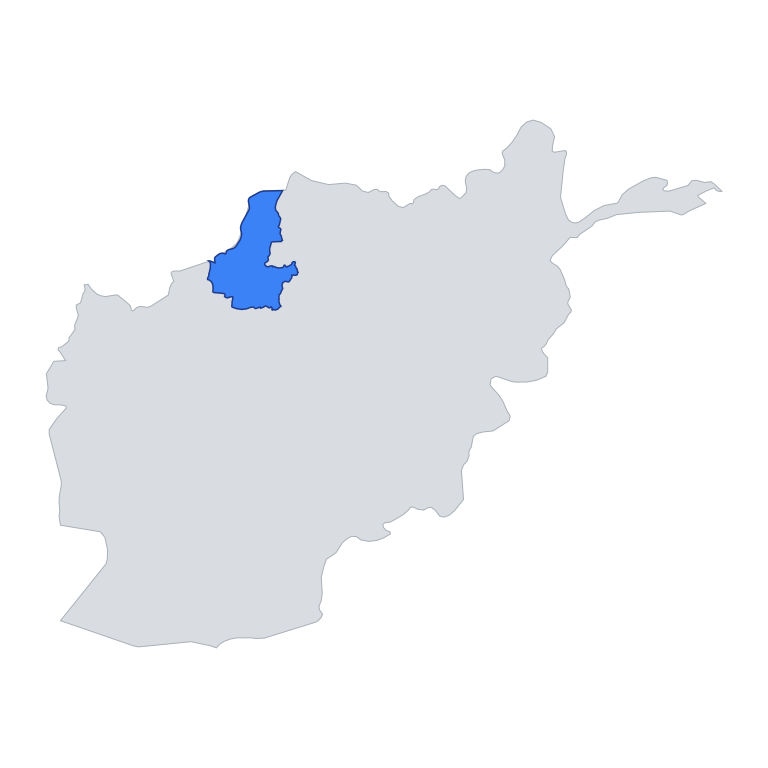 Faryab on a map of Afghanistan (Natural Earth projection)
{"feature_id": "AFG-1745", "entity_name": "Faryab", "entity_type": "Province", "adm_level": 1, "iso_a3": "AFG", "parent_name": "Afghanistan", "parent_adm1": "", "projection": "natural_earth1", "projection_center": [65.119, 36.214], "detail": "fine", "context": "in_parent", "style": "filled", "palette": "blue", "viewbox_px": 768, "rotation_deg": 0, "n_neighbors": 0, "source": "natural_earth", "source_scale": "10m", "svg_char_len": 8768}
<svg xmlns="http://www.w3.org/2000/svg" viewBox="0 0 768 768"><path d="M328.6,184.6L345.2,183.1L356.4,185.2L362.4,191.0L368.2,192.5L373.9,189.7L377.4,189.2L378.8,191.0L381.7,191.7L386.0,191.5L388.5,193.0L389.1,196.5L392.3,200.9L398.2,206.3L403.3,207.6L410.0,203.4L412.3,203.9L413.4,202.5L414.1,199.5L418.1,196.7L425.5,194.0L429.8,191.6L431.2,189.6L433.7,189.1L436.5,189.7L438.4,188.9L439.9,186.3L442.5,185.3L444.8,185.8L455.2,195.5L459.2,198.4L461.0,197.9L466.1,192.6L466.7,187.8L465.2,181.5L466.1,176.4L469.4,172.5L475.6,170.2L484.7,169.3L490.3,169.8L492.4,171.8L495.2,172.9L498.7,173.1L501.9,170.8L504.7,166.1L504.8,160.2L502.1,153.2L502.8,151.0L507.3,147.5L512.1,142.2L516.7,135.5L521.0,127.2L526.5,122.1L533.1,120.1L541.2,122.4L550.8,128.8L554.6,136.7L552.4,146.1L552.3,151.3L554.3,152.3L565.1,150.5L566.5,151.8L566.5,154.5L565.0,158.5L563.3,169.6L560.5,197.2L565.4,213.7L568.6,220.2L571.9,222.3L575.1,223.0L578.3,222.4L584.7,218.2L594.5,210.4L603.9,205.6L617.8,203.0L622.3,194.6L628.6,189.1L643.2,180.9L651.1,177.8L655.7,177.3L666.9,180.3L667.6,182.8L666.9,185.5L663.8,187.7L662.8,189.5L664.1,190.8L668.6,191.2L687.9,185.5L692.1,180.5L696.3,180.3L704.5,182.4L710.8,181.7L714.2,183.9L721.9,191.2L719.5,191.6L716.1,190.2L714.1,187.8L706.4,190.9L697.8,195.5L698.0,196.7L705.9,203.4L689.9,210.6L682.8,214.8L681.0,214.9L670.0,211.1L639.6,212.3L616.5,214.6L607.6,218.3L599.2,220.1L594.9,222.0L592.1,225.9L579.5,234.5L577.2,237.7L570.1,237.4L562.9,245.7L552.3,255.7L550.1,260.3L551.8,262.7L557.6,266.4L560.3,269.8L564.5,279.4L566.3,286.2L568.8,289.1L570.3,297.2L567.8,301.9L567.9,304.2L571.5,310.3L570.7,312.2L568.1,315.1L564.0,322.9L556.5,328.7L553.4,333.8L548.2,339.5L546.0,344.3L543.7,346.9L541.4,348.3L542.0,350.9L544.2,354.1L547.7,357.7L547.7,372.2L545.9,376.3L536.4,380.3L527.2,382.0L515.9,382.1L511.7,381.5L495.9,376.2L491.0,378.8L490.1,385.2L499.1,395.5L502.9,401.3L507.1,411.0L510.2,416.0L509.2,420.6L493.1,430.9L482.9,432.0L476.5,433.7L473.4,436.3L471.2,447.2L468.9,451.2L469.0,456.0L466.9,461.4L463.6,464.8L461.4,470.5L463.5,499.5L454.3,511.0L449.1,515.2L444.2,517.1L440.0,516.4L434.8,509.8L431.1,507.3L427.5,507.8L423.8,510.1L417.9,509.3L412.9,507.0L410.3,507.3L408.9,509.6L403.5,514.5L390.4,522.1L385.0,522.7L382.7,524.5L383.6,527.6L386.0,530.2L390.1,532.0L390.4,534.0L383.6,537.9L376.8,540.4L368.9,541.4L360.7,539.9L356.5,536.6L351.6,536.3L347.0,538.7L342.4,542.7L335.9,552.9L326.5,559.2L324.1,565.6L321.3,577.0L322.2,593.7L321.1,601.1L319.0,606.0L319.5,609.9L322.6,614.2L321.4,617.1L318.7,620.2L316.1,622.0L264.3,638.1L255.8,638.5L251.4,637.8L236.7,637.8L230.6,639.0L224.5,641.2L220.0,643.9L216.4,647.9L210.3,645.7L190.9,641.7L138.5,646.9L133.6,645.9L60.4,620.7L106.0,563.9L107.3,559.1L107.6,549.9L104.9,537.4L100.4,531.8L60.4,525.2L59.1,515.6L59.8,511.3L59.1,502.9L59.3,496.5L61.2,486.0L61.3,481.2L49.2,434.0L49.2,429.4L56.8,418.6L66.3,408.0L65.9,406.1L61.1,404.9L54.0,404.8L50.1,403.2L47.2,400.2L46.1,396.0L48.1,388.4L46.4,373.7L53.9,361.3L65.6,360.6L59.7,351.5L58.5,350.6L58.1,349.0L58.7,347.5L61.7,346.9L68.8,341.1L69.1,337.9L75.0,329.4L74.6,325.5L78.4,315.5L76.5,308.8L76.2,305.1L80.5,302.8L83.2,293.4L84.8,291.1L85.0,288.8L84.1,284.9L88.0,284.3L91.5,289.2L97.2,294.3L100.8,295.8L105.5,296.6L115.8,294.9L117.9,295.2L128.6,304.1L130.5,306.4L131.3,310.0L133.0,311.0L136.8,307.5L140.4,306.3L147.3,307.4L151.0,306.1L168.4,295.0L169.7,287.9L171.4,283.9L173.8,281.5L171.0,273.3L172.0,271.7L174.3,271.0L180.0,271.0L206.4,262.1L213.3,262.1L214.9,261.3L215.3,258.9L217.2,256.2L229.7,249.6L236.9,243.0L239.5,237.9L251.3,197.0L257.6,193.4L264.0,190.8L285.8,190.1L289.8,177.5L291.7,174.5L295.5,171.6L311.6,180.6L328.6,184.6Z" fill="#d9dde1" stroke="#a8b0b8" stroke-width="1"/><path d="M247.1,213.3L248.9,210.2L249.5,208.2L249.3,206.0L248.4,201.5L248.6,199.3L249.5,197.8L250.9,196.8L259.3,192.2L262.8,191.1L282.6,190.6L282.4,191.0L277.0,200.6L275.7,204.9L275.4,206.7L275.3,207.5L275.4,208.3L275.7,210.1L278.2,213.2L278.7,215.6L278.9,215.9L279.2,216.4L279.5,216.8L280.2,217.6L280.5,218.2L280.6,218.7L280.7,219.0L280.3,220.7L279.9,222.4L279.3,225.0L279.2,225.3L278.9,225.7L278.7,226.0L278.3,226.3L278.2,226.5L278.2,226.8L278.3,227.0L278.6,227.3L278.8,227.5L280.0,228.2L280.3,228.4L280.5,228.7L280.8,229.1L280.8,229.4L280.9,229.6L280.4,231.4L280.1,233.3L280.1,233.8L280.2,234.2L281.0,235.4L281.5,237.2L281.8,238.5L282.0,239.1L282.5,240.4L281.6,240.8L281.4,241.2L281.3,241.5L281.2,241.6L280.6,241.5L272.8,241.8L271.9,242.0L271.7,242.2L271.3,242.7L271.2,243.1L269.7,248.5L269.7,251.3L269.8,251.7L269.9,252.1L270.0,252.4L270.0,252.8L270.1,253.2L270.0,253.9L269.9,254.2L269.8,254.5L269.4,255.1L269.1,255.7L268.9,255.9L268.5,256.3L268.3,256.4L267.8,257.0L268.2,258.9L268.4,259.7L268.3,260.0L268.2,260.4L267.6,261.2L267.3,261.5L267.0,261.7L266.8,261.9L265.9,262.3L265.2,262.9L264.9,263.1L264.7,263.4L264.6,263.7L264.6,264.0L264.6,264.3L264.7,264.5L264.8,264.7L265.0,265.0L266.6,266.4L267.4,266.8L268.0,266.8L268.3,266.8L268.6,266.8L269.0,266.4L269.5,266.2L271.4,265.9L271.9,265.8L272.1,265.8L272.3,265.9L272.4,266.0L272.5,266.6L272.6,266.8L272.8,266.9L273.4,266.6L273.8,266.5L274.1,266.4L274.3,266.5L274.6,266.8L274.9,266.9L277.1,267.7L279.3,268.0L282.5,267.6L282.8,267.5L283.0,267.4L283.3,267.0L283.5,266.5L283.8,266.2L283.9,265.9L283.9,265.7L284.0,265.5L284.1,265.3L284.5,265.2L284.9,265.1L285.0,265.3L285.4,265.8L285.6,266.1L286.0,266.5L286.4,266.9L286.7,267.0L286.9,267.0L287.0,266.9L287.5,266.5L287.7,266.4L289.0,266.0L289.4,265.7L290.2,265.2L291.0,264.8L291.2,264.7L291.3,264.6L291.5,264.4L291.6,264.2L291.8,263.7L291.9,263.2L292.0,262.8L293.2,261.8L293.9,261.6L294.2,261.6L294.5,261.7L294.8,261.8L295.1,262.0L295.3,262.3L295.4,262.5L295.3,262.8L295.0,263.3L295.0,263.5L295.0,264.0L295.0,264.3L294.9,264.4L294.7,264.6L294.6,264.8L294.6,265.1L294.8,265.6L295.0,265.8L295.4,266.1L295.6,266.2L295.7,266.3L295.9,267.2L296.3,268.3L296.4,268.5L296.6,268.6L296.9,268.7L297.0,268.8L297.1,269.2L297.5,271.3L297.5,271.8L297.6,272.0L297.9,272.0L298.1,272.2L298.2,272.3L297.7,272.9L297.6,273.2L297.4,273.6L297.3,274.2L297.2,274.6L297.1,274.8L296.2,275.1L294.6,275.3L293.4,275.1L292.6,275.0L292.3,275.0L292.1,275.0L291.8,275.2L291.7,275.3L291.7,275.6L291.9,276.0L292.0,276.3L291.9,276.6L291.7,277.5L291.6,277.9L291.3,278.4L291.0,278.7L290.0,280.4L289.1,281.6L288.5,281.9L288.3,281.9L288.0,281.9L286.6,281.5L285.1,281.4L284.6,281.4L284.3,281.6L282.8,282.8L282.5,283.1L282.4,283.4L282.4,283.7L282.4,284.1L282.4,284.3L282.1,285.0L281.9,285.4L281.9,285.6L281.9,285.8L282.0,286.0L282.6,287.9L282.7,288.3L282.7,288.5L282.6,288.8L281.1,291.7L280.5,293.5L280.3,293.8L280.0,294.1L279.4,294.5L279.2,294.7L279.1,294.9L279.0,296.3L278.9,298.0L279.1,299.1L279.1,299.6L278.9,300.7L278.9,301.4L279.1,302.3L279.6,304.1L279.8,304.5L280.0,304.9L281.0,306.2L279.5,307.3L278.0,308.9L277.8,309.1L275.5,310.0L274.8,310.0L274.4,309.9L274.2,309.7L273.8,309.5L273.6,309.5L272.8,309.9L272.6,310.0L272.3,310.1L272.2,310.0L271.9,309.7L272.0,309.3L272.2,309.0L272.2,308.9L272.2,308.7L271.7,307.6L271.5,307.4L271.3,307.1L271.0,307.0L270.8,307.0L270.4,307.3L270.1,307.6L269.9,307.7L269.4,307.9L269.2,307.9L268.4,307.5L268.2,307.4L267.7,307.0L267.5,306.8L266.9,306.5L266.4,306.2L266.1,306.0L265.6,306.0L264.8,306.3L264.1,306.7L263.8,307.0L262.4,307.7L260.8,308.1L260.6,308.2L260.4,308.1L260.3,307.9L260.3,307.6L260.3,307.4L260.3,307.2L260.2,307.1L259.9,307.1L259.5,307.2L256.0,308.5L255.7,308.6L255.3,308.5L254.8,308.3L253.7,307.2L253.4,307.1L252.9,307.0L250.7,307.3L247.1,308.6L246.6,308.8L245.5,309.0L243.9,309.1L242.5,309.4L241.6,309.4L236.8,308.7L232.3,307.2L232.1,307.0L231.9,306.7L231.8,306.0L231.9,305.0L232.1,302.9L232.1,302.0L232.1,301.4L232.6,299.6L232.8,298.3L232.8,297.6L232.7,297.0L232.3,296.7L230.3,297.0L228.6,297.5L228.0,297.6L227.2,297.9L226.8,297.8L226.3,297.6L224.6,296.6L224.6,296.1L224.9,295.7L225.0,295.6L225.1,295.3L225.1,295.0L225.0,294.7L224.9,294.4L224.7,294.0L224.4,293.7L221.5,293.2L214.0,292.6L213.5,292.3L213.3,292.2L213.1,292.0L212.9,291.8L212.8,291.6L212.8,291.2L213.0,290.6L213.0,290.2L213.1,289.6L212.9,285.5L212.7,284.5L212.3,283.4L211.6,282.3L211.1,281.5L210.3,280.7L209.8,280.4L209.4,280.1L208.8,279.9L208.2,279.8L207.9,279.7L207.6,279.5L207.5,279.0L207.6,278.4L208.1,277.0L208.8,275.9L208.9,275.6L208.8,274.4L209.0,273.3L209.4,272.1L210.2,268.3L210.4,266.1L210.4,263.5L209.9,261.8L208.5,260.9L209.2,260.8L210.5,261.1L215.0,262.9L215.0,262.1L214.6,259.4L214.6,258.3L215.0,257.4L215.6,256.7L218.7,254.3L220.3,253.5L222.1,253.1L224.0,253.5L224.8,253.8L225.4,253.9L225.9,253.5L226.6,251.2L227.2,250.5L227.9,250.0L228.7,249.6L232.2,248.8L233.8,248.2L235.3,247.0L236.3,245.8L240.0,240.1L240.8,238.1L241.4,236.0L241.6,233.7L241.4,232.5L240.8,230.2L240.6,229.0L240.6,227.9L240.7,226.7L241.3,224.4L242.1,222.5L247.1,213.3Z" fill="#3b82f6" stroke="#1e3a8a" stroke-width="1.5"/></svg>